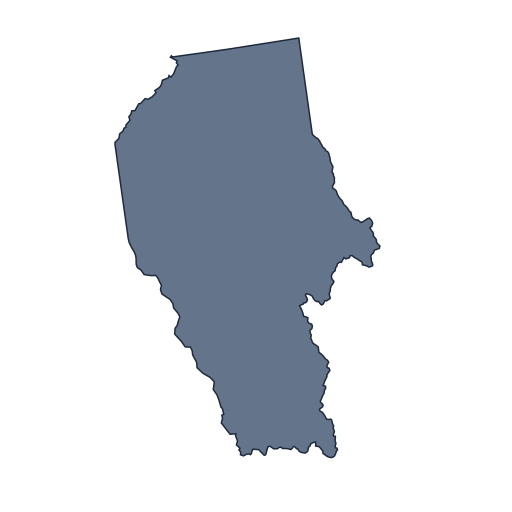 Fairbanks North Star, Alaska, United States of America, rotated 82°
{"feature_id": "52423323B17586964503770", "entity_name": "Fairbanks North Star", "entity_type": "district", "adm_level": 2, "iso_a3": "USA", "parent_name": "United States of America", "parent_adm1": "Alaska", "projection": "mercator", "projection_center": [-145.777, 64.855], "detail": "fine", "context": "isolated", "style": "filled", "palette": "slate", "viewbox_px": 512, "rotation_deg": 82, "n_neighbors": 0, "source": "geoboundaries", "source_scale": "gbopen_adm2", "svg_char_len": 4473}
<svg xmlns="http://www.w3.org/2000/svg" viewBox="0 0 512 512"><g transform="rotate(82 256 256)"><path d="M451.0,292.9L450.9,291.0L451.9,289.3L451.0,288.0L449.1,287.3L446.9,286.1L447.4,283.7L448.1,280.2L450.1,278.9L454.5,275.6L454.2,274.1L449.6,272.1L446.6,270.7L446.3,268.7L448.2,266.5L449.4,265.4L449.6,263.4L449.9,262.0L448.8,259.7L448.7,257.9L450.3,256.5L450.7,253.9L451.1,251.8L451.7,250.2L452.5,248.4L451.5,246.8L450.0,245.7L450.0,244.4L452.4,242.7L453.2,241.4L455.3,240.5L456.8,238.6L458.0,234.7L456.7,232.1L454.3,231.1L452.7,230.6L451.4,228.7L449.9,228.2L448.9,225.9L448.4,223.0L450.1,222.9L452.5,223.4L453.6,220.0L455.9,218.5L458.6,217.0L460.9,217.1L462.1,215.8L464.0,213.8L464.9,212.6L466.0,210.2L465.9,207.8L464.9,206.0L462.3,204.4L460.1,203.3L459.4,202.3L457.6,202.5L456.8,204.0L455.1,204.0L452.7,202.9L449.6,203.4L447.5,202.8L445.6,202.5L445.0,204.4L443.9,204.4L440.9,202.8L436.7,203.5L435.3,202.7L432.9,203.5L428.6,204.0L427.9,204.8L428.1,206.3L427.5,208.6L425.6,209.5L423.5,210.2L420.0,212.0L418.4,214.3L416.5,214.4L414.6,211.0L412.8,210.3L410.9,211.4L410.0,212.4L409.0,212.6L406.0,210.7L403.9,209.6L401.5,207.8L398.3,206.8L397.0,205.5L394.7,205.2L393.7,207.5L389.9,205.6L385.2,202.5L383.5,202.3L381.3,200.4L379.7,198.8L377.4,199.2L376.3,201.0L374.1,200.9L371.3,198.8L369.2,199.7L368.0,201.2L363.8,203.7L361.5,205.7L360.1,207.1L354.7,207.0L351.9,209.7L350.6,211.6L348.4,212.3L344.7,213.2L342.2,212.3L340.9,212.7L338.8,213.1L337.4,213.1L335.4,210.6L333.2,209.9L331.2,210.4L330.2,212.5L328.8,213.7L326.8,213.8L324.3,213.2L322.9,215.8L322.2,217.3L319.9,217.4L318.3,217.7L315.9,218.2L313.6,218.9L311.2,219.8L310.1,215.7L309.0,215.1L309.2,213.5L308.2,212.0L306.3,211.1L304.8,211.4L301.7,212.5L300.5,211.7L301.1,209.4L302.2,207.5L303.6,205.9L306.1,205.1L308.3,203.8L309.7,201.9L309.8,200.3L312.1,199.1L313.6,198.0L312.9,196.0L309.8,194.1L310.2,192.4L309.2,190.2L308.6,188.6L307.3,188.3L305.8,188.7L303.3,188.7L300.9,187.3L298.9,187.0L295.9,185.6L293.9,183.4L292.1,182.4L289.4,183.9L286.8,184.3L284.3,183.1L282.9,181.7L281.7,179.8L278.6,178.7L277.0,177.1L275.3,176.7L273.7,174.1L274.2,172.4L269.8,169.1L271.3,167.6L271.0,164.6L270.5,163.5L268.9,163.0L268.9,160.8L270.9,159.1L273.1,156.2L274.9,154.2L276.2,152.4L277.8,151.7L279.5,151.9L280.3,149.8L281.3,147.6L282.7,145.7L282.3,142.7L281.4,141.6L279.7,141.7L276.7,142.5L274.1,142.2L272.4,142.5L270.6,141.4L269.4,139.3L266.7,138.0L266.3,135.8L265.6,132.8L263.2,131.9L261.7,133.2L259.3,134.7L256.4,134.6L254.1,135.9L252.6,137.1L250.6,136.6L248.5,137.0L246.7,138.3L243.7,139.2L242.8,137.3L239.8,135.9L237.0,136.6L234.2,138.4L234.5,140.4L235.9,143.1L236.7,145.0L237.5,146.9L236.0,148.9L234.6,149.8L234.2,151.9L233.0,153.8L230.8,155.4L228.7,155.8L225.9,155.9L224.9,157.3L223.1,157.9L220.5,159.2L218.7,160.5L217.3,161.8L214.3,162.7L213.0,163.2L210.9,164.8L209.4,165.5L207.5,166.4L206.0,166.9L202.8,167.4L201.1,168.6L199.6,170.5L197.6,170.6L196.3,169.6L194.4,168.1L191.4,167.8L189.2,167.4L187.8,168.0L184.9,168.1L183.5,169.2L180.9,168.2L178.0,167.4L176.1,168.2L173.0,169.1L171.5,169.1L169.2,169.1L166.9,169.4L164.7,169.6L162.7,170.5L161.7,172.1L159.9,172.6L158.4,173.8L157.3,174.8L155.0,175.5L152.7,176.6L151.1,176.9L148.3,178.6L147.0,180.3L144.4,182.6L143.1,183.3L137.8,183.3L132.4,183.3L127.3,183.3L118.0,183.3L106.3,183.3L96.9,183.3L95.2,183.3L46.1,183.3L47.3,255.7L47.3,292.0L47.3,310.7L46.0,312.0L47.3,313.1L51.9,306.8L53.5,308.0L55.9,306.6L57.6,308.5L64.1,312.2L67.0,315.3L65.2,317.0L67.4,318.0L68.9,324.2L73.5,326.1L75.6,328.1L78.1,333.2L80.5,332.3L84.0,336.9L85.8,341.1L84.7,343.9L88.9,349.0L88.9,350.9L95.2,355.6L94.9,358.8L98.3,360.2L100.3,362.5L104.1,362.0L108.1,366.5L110.5,367.0L111.0,368.9L113.7,370.2L116.0,374.0L120.3,375.3L123.9,379.8L125.7,380.1L192.6,380.1L221.0,380.1L225.2,379.7L230.4,378.0L235.0,376.0L239.0,375.1L241.8,375.1L247.6,375.8L251.0,375.1L254.0,371.8L258.8,369.4L260.9,362.3L261.3,358.0L264.0,356.3L268.3,355.0L272.0,353.7L276.0,355.3L280.6,354.4L283.8,350.8L287.0,347.2L291.4,345.0L296.0,344.8L302.0,341.1L305.6,339.9L309.7,342.0L313.9,343.8L316.3,346.2L322.0,347.4L330.0,341.9L336.2,338.7L337.1,333.6L341.0,332.4L345.1,332.5L353.0,329.6L358.5,329.9L365.0,324.6L369.7,318.5L374.8,314.8L382.3,316.9L388.0,314.0L393.7,312.7L400.9,311.7L402.3,310.5L408.4,310.0L408.9,312.0L412.0,311.7L416.5,313.6L428.9,306.5L429.2,300.8L431.0,301.3L436.6,300.0L440.3,301.7L444.1,298.6L445.7,299.9L447.9,298.5L450.7,299.0L452.2,296.2L451.0,292.9Z" fill="#64748b" stroke="#1e293b" stroke-width="1.5"/></g></svg>